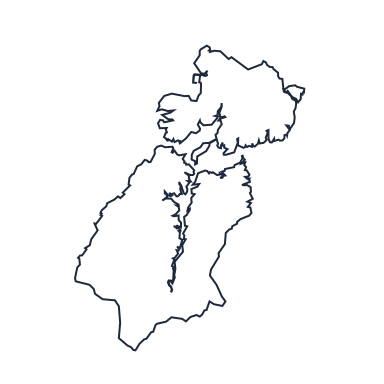 the district of Upper Harbour Local Board Area, New Zealand, rotated 164°
{"feature_id": "76426892B55565569034738", "entity_name": "Upper Harbour Local Board Area", "entity_type": "district", "adm_level": 2, "iso_a3": "NZL", "parent_name": "New Zealand", "parent_adm1": "", "projection": "albers", "projection_center": [174.657, -36.763], "detail": "fine", "context": "isolated", "style": "outline", "palette": "slate", "viewbox_px": 384, "rotation_deg": 164, "n_neighbors": 0, "source": "geoboundaries", "source_scale": "gbopen_adm2", "svg_char_len": 6075}
<svg xmlns="http://www.w3.org/2000/svg" viewBox="0 0 384 384"><g transform="rotate(164 192 192)"><path d="M141.4,167.4L135.5,168.7L136.6,175.1L135.3,176.0L134.3,180.5L137.3,183.6L139.6,184.0L142.0,185.0L133.5,185.8L133.5,188.4L135.1,188.6L133.6,189.2L135.6,189.8L136.8,191.9L133.5,191.4L132.0,192.8L133.4,197.6L135.1,198.5L133.2,200.9L134.3,203.6L132.7,205.8L136.4,205.7L132.3,208.4L133.4,210.4L133.3,212.9L134.1,212.8L134.2,210.4L137.7,207.0L143.7,206.1L144.7,204.3L153.9,205.0L154.8,203.3L157.9,203.3L155.5,198.7L157.6,198.9L158.8,197.3L161.1,197.8L158.7,198.5L158.1,200.0L160.2,202.5L160.6,201.1L163.3,201.4L166.4,205.2L167.6,204.8L169.3,206.2L170.5,205.2L171.6,208.0L173.5,209.0L181.0,208.4L185.9,201.2L189.3,198.8L182.9,197.7L185.5,195.6L191.7,195.0L192.7,190.7L190.1,189.2L194.4,186.5L195.2,182.0L199.9,178.2L201.4,175.5L198.7,176.4L199.1,175.3L203.5,171.3L206.4,170.3L208.1,161.5L206.1,160.3L212.0,154.6L211.4,151.9L213.0,149.1L211.1,148.3L216.0,143.7L217.1,137.1L227.9,129.7L229.2,122.6L232.1,116.7L232.0,114.8L236.0,109.5L237.5,112.8L239.3,112.2L239.3,108.4L238.2,107.1L238.0,103.5L239.1,102.0L239.4,102.3L238.4,103.4L238.4,106.4L239.8,108.7L240.0,112.0L238.7,113.4L235.7,112.0L234.2,113.0L231.3,121.5L231.4,123.6L230.2,124.9L231.7,126.5L227.6,132.0L228.6,133.4L226.7,133.5L222.3,136.7L222.8,140.3L221.1,139.4L220.2,141.0L221.4,143.7L219.2,141.3L214.6,148.6L216.8,151.1L214.8,156.5L215.5,158.1L213.8,157.8L213.6,159.0L215.9,161.5L217.4,160.9L216.4,161.8L219.1,164.2L217.0,163.0L215.6,163.7L212.4,161.0L211.0,165.6L212.5,168.7L211.4,173.2L215.1,173.5L216.5,173.9L216.7,174.2L217.1,174.5L214.1,175.0L209.3,177.8L208.9,181.3L210.4,183.1L208.6,182.4L208.4,183.7L212.1,187.4L213.8,191.3L218.9,193.0L222.9,192.0L217.3,194.1L217.3,197.4L218.5,198.0L218.0,200.0L215.8,195.3L213.7,193.9L212.3,194.2L213.5,195.3L213.9,196.7L213.7,197.4L213.3,195.4L209.5,195.7L208.1,192.1L206.6,191.8L204.1,193.5L202.6,192.9L202.5,198.1L201.1,200.9L202.0,202.8L201.7,205.2L200.6,201.1L200.3,193.1L199.0,191.6L196.6,193.7L195.6,196.2L196.0,198.6L191.9,201.8L193.1,203.6L190.3,202.5L191.4,205.7L190.6,207.1L191.0,209.5L193.9,213.0L189.0,208.8L186.4,208.1L184.8,209.0L185.0,210.8L183.9,212.3L187.5,219.5L190.1,219.9L190.0,221.3L191.5,222.4L190.8,223.3L191.8,226.4L187.8,230.1L194.2,230.8L195.9,232.2L197.4,236.6L199.8,235.1L200.6,235.8L197.9,239.3L198.3,240.9L205.4,242.4L208.8,245.1L213.0,245.1L216.2,243.0L217.3,238.8L223.6,232.3L225.5,232.6L226.2,234.4L228.6,235.9L233.1,232.6L237.6,231.8L243.1,225.4L245.0,225.3L248.3,222.7L250.9,216.6L249.7,215.4L258.7,210.5L257.5,208.5L262.6,205.9L264.3,208.2L268.7,206.1L276.6,204.6L278.4,201.8L283.7,199.4L285.8,197.1L284.8,196.1L286.2,195.1L285.0,193.8L292.8,187.9L294.4,188.6L293.3,181.1L301.9,174.3L304.9,169.0L310.2,167.5L309.2,166.0L315.0,161.4L317.0,161.8L319.7,160.2L318.7,159.1L319.7,153.1L323.1,151.1L328.2,141.4L328.4,138.2L316.2,131.1L313.2,126.0L313.3,120.9L307.5,113.6L295.9,109.1L293.8,102.4L297.1,86.1L302.6,71.7L296.4,62.3L293.4,59.7L291.9,56.3L290.0,55.4L284.4,60.5L278.7,63.5L276.3,63.5L270.0,68.4L267.8,68.4L263.6,74.3L261.8,75.0L252.8,74.5L246.2,77.2L236.3,72.7L233.5,69.3L227.9,72.3L221.5,72.5L218.9,70.1L216.1,71.3L212.7,74.8L210.6,74.5L205.3,82.0L201.7,78.0L194.2,74.1L190.0,77.6L192.1,83.3L194.0,96.0L197.8,106.8L195.1,112.2L183.9,122.5L183.3,125.9L174.7,132.9L170.8,143.4L166.2,145.8L163.9,145.8L162.7,148.0L157.4,149.1L156.8,150.9L152.7,152.6L143.5,153.5L140.6,155.5L140.2,161.0L142.4,162.3L138.4,165.1L141.4,167.4ZM137.5,328.6L144.3,326.7L145.7,325.5L147.0,321.2L154.4,315.2L150.6,303.6L147.2,302.2L143.7,304.4L145.7,302.5L145.6,300.5L144.6,300.3L147.0,299.8L151.4,302.3L157.2,304.5L158.2,303.7L158.9,302.2L160.5,297.8L161.0,295.9L157.7,304.0L151.9,302.2L154.9,295.4L153.5,294.7L153.6,293.0L156.3,284.7L159.2,282.8L162.6,278.2L167.5,280.2L168.7,285.3L172.7,286.2L184.3,292.1L192.2,292.0L199.3,286.8L199.6,283.4L203.0,279.6L198.3,279.8L192.9,276.5L187.3,275.5L190.9,274.2L199.4,274.3L194.7,268.4L190.8,267.1L190.4,266.0L199.5,266.7L200.2,268.9L202.8,270.1L205.7,267.5L205.4,262.2L198.7,260.5L200.0,259.2L199.7,256.2L201.0,256.0L203.8,252.4L201.7,249.9L202.8,249.2L201.0,249.4L201.8,247.5L200.1,249.0L197.3,246.0L195.3,248.0L195.0,244.8L191.3,245.5L189.0,243.9L190.3,243.5L190.2,242.1L183.0,245.2L176.2,249.9L171.9,247.4L167.7,248.9L166.8,250.5L167.8,255.3L164.7,258.6L164.8,256.7L162.5,252.9L154.6,251.3L147.4,256.1L146.9,257.5L148.8,258.7L146.3,258.8L144.9,262.6L140.5,265.6L138.9,269.3L140.0,265.7L144.2,260.1L143.7,258.2L144.9,257.0L143.1,255.7L139.8,255.8L139.4,254.8L145.1,254.7L146.8,253.4L144.9,252.9L144.7,249.0L149.9,244.6L151.2,241.7L153.6,240.5L153.7,236.3L162.1,234.5L167.8,235.8L171.6,232.7L179.0,231.1L181.9,227.9L183.4,223.3L180.4,220.7L181.4,217.6L179.4,218.0L177.2,224.7L167.1,227.4L162.6,231.6L161.6,234.0L153.7,235.9L153.7,231.1L154.9,229.8L154.4,227.5L152.1,226.1L151.4,228.7L148.8,231.1L150.4,228.2L148.1,228.0L148.8,225.7L146.1,223.4L151.0,220.6L151.2,219.1L149.1,218.4L140.5,218.5L134.4,226.7L134.0,230.5L132.8,230.8L134.9,224.2L130.3,220.3L128.6,220.5L127.6,222.1L126.6,220.1L124.3,220.6L121.9,218.9L120.7,222.1L120.3,219.2L119.2,218.4L115.4,220.2L113.5,223.3L113.5,220.0L109.7,219.5L105.9,221.4L106.2,223.8L102.7,228.4L103.5,230.2L101.4,230.5L103.8,222.1L103.4,218.4L101.7,217.6L98.4,220.5L98.9,218.3L94.4,218.5L93.3,217.1L90.5,216.7L88.4,218.2L87.4,221.2L85.2,221.1L85.1,220.0L83.9,222.4L80.9,224.6L82.9,230.0L80.9,229.1L81.5,228.6L79.8,226.1L74.9,230.2L72.7,235.5L72.0,241.2L69.4,244.0L67.5,248.2L67.1,251.1L70.0,253.8L70.4,257.0L72.6,260.7L75.7,262.6L75.8,264.4L73.8,261.9L72.2,262.8L69.5,255.7L66.3,252.9L65.3,249.0L62.0,251.2L60.2,256.3L58.9,255.2L58.0,257.1L57.0,256.7L55.6,260.4L62.1,264.2L63.3,266.1L69.4,267.0L75.9,264.6L74.0,275.8L76.7,277.0L77.3,279.6L76.4,282.9L79.7,287.6L80.1,289.8L82.7,290.7L84.9,293.6L85.2,296.2L87.3,298.2L89.6,295.6L104.3,294.3L116.9,310.7L120.1,309.7L125.9,319.4L131.5,321.6L135.8,321.7L135.2,322.4L136.7,323.3L135.4,324.0L135.1,326.1L137.5,328.6ZM159.7,296.4L158.0,295.7L157.6,295.0L157.9,295.8L159.7,296.4Z" fill="none" stroke="#1e293b" stroke-width="2"/></g></svg>